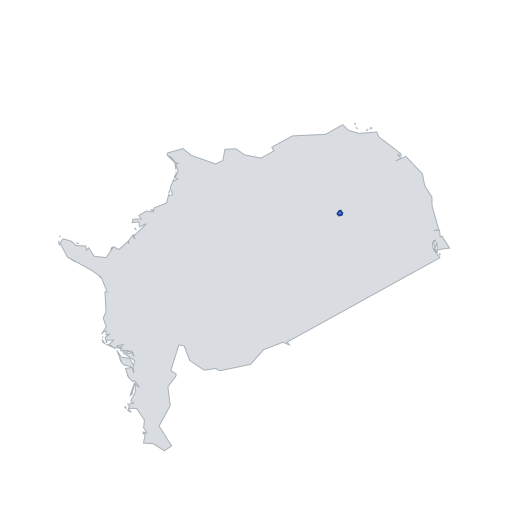 Salt Lake, Utah, United States of America (highlighted), rotated 153°
{"feature_id": "52423323B26965085925840", "entity_name": "Salt Lake", "entity_type": "district", "adm_level": 2, "iso_a3": "USA", "parent_name": "United States of America", "parent_adm1": "Utah", "projection": "orthographic", "projection_center": [-111.882, 40.668], "detail": "fine", "context": "in_parent", "style": "filled", "palette": "blue", "viewbox_px": 512, "rotation_deg": 153, "n_neighbors": 0, "source": "geoboundaries", "source_scale": "gbopen_adm2", "svg_char_len": 4480}
<svg xmlns="http://www.w3.org/2000/svg" viewBox="0 0 512 512"><g transform="rotate(153 256 256)"><path d="M400.3,161.7L419.6,148.5L417.4,125.1L426.1,124.1L432.8,135.4L441.2,140.4L435.4,147.7L436.2,150.1L433.5,148.2L434.1,153.9L429.9,160.5L431.6,174.4L437.4,177.5L439.4,175.6L437.7,173.7L439.0,174.3L440.3,176.7L434.5,182.1L432.0,180.2L433.0,184.2L425.5,189.3L421.5,197.2L421.0,194.1L419.6,192.7L420.7,199.9L422.9,200.2L424.7,206.0L423.3,215.1L417.1,212.9L418.0,207.2L416.2,211.7L419.4,216.0L422.4,218.0L424.0,221.0L422.9,235.0L421.8,227.0L415.0,222.2L414.9,213.7L411.6,217.9L417.1,227.8L411.8,226.5L410.5,227.5L410.5,223.6L410.1,222.6L409.6,225.8L410.4,228.1L418.3,229.3L417.6,231.9L413.4,229.5L412.1,229.3L417.3,232.2L419.2,232.4L419.2,235.5L416.5,234.3L421.1,237.0L420.5,237.9L418.3,236.5L414.0,237.3L420.3,239.0L423.3,237.4L430.0,245.8L424.5,239.5L427.2,244.0L421.0,245.7L426.9,248.6L428.5,246.3L427.5,251.9L421.3,252.9L425.5,253.7L423.3,257.3L427.4,257.3L421.4,261.2L420.4,269.9L414.9,274.5L406.9,292.6L404.9,291.7L403.7,305.6L404.2,308.7L408.6,317.2L424.5,340.8L424.8,356.3L420.3,359.0L413.9,353.1L411.5,347.1L403.1,342.1L404.6,338.0L401.4,339.3L400.4,329.3L390.3,322.6L378.7,328.9L375.2,324.0L363.0,327.3L364.1,324.7L362.4,327.5L357.0,330.1L356.1,325.8L355.8,329.2L338.9,334.6L346.6,334.9L344.9,339.5L351.2,341.9L348.8,344.7L341.6,341.2L341.9,345.3L333.1,345.8L327.4,341.8L324.9,345.1L311.6,343.9L305.1,351.1L306.8,349.1L302.5,348.5L301.5,355.8L294.2,361.8L295.9,360.1L290.6,360.3L292.7,362.4L287.0,366.4L285.6,374.4L282.7,373.7L285.3,375.4L286.6,382.3L289.5,386.2L287.9,387.9L272.4,384.9L268.0,375.1L250.3,356.4L242.2,356.1L235.2,365.2L225.2,360.6L220.3,351.3L207.0,340.9L192.4,341.5L192.5,345.8L169.1,346.5L138.8,332.8L119.1,333.6L116.7,326.1L108.8,318.6L92.1,311.6L92.5,306.4L80.6,281.5L81.3,279.1L83.8,282.5L82.5,277.2L88.5,277.4L77.3,276.7L70.4,253.5L73.8,242.2L72.5,228.7L76.4,220.6L81.2,196.5L86.1,197.8L80.7,195.8L83.2,189.5L81.3,189.3L79.9,175.2L91.7,179.2L88.4,186.1L93.0,181.4L91.9,187.4L88.8,188.5L90.8,189.0L93.4,186.8L95.0,180.8L92.9,171.0L267.3,165.2L266.6,161.6L271.2,166.9L291.7,169.1L310.0,161.9L340.5,170.2L343.0,174.1L354.0,177.8L362.5,193.1L360.8,208.5L365.2,211.7L383.9,192.6L380.7,187.0L382.2,185.1L393.9,179.5L400.3,161.7ZM429.0,190.7L432.2,188.2L421.7,198.3L429.7,188.5L429.0,190.7ZM93.0,176.9L94.2,180.9L94.0,181.5L92.1,178.3L93.0,176.9ZM289.1,385.0L286.5,379.1L286.2,375.6L286.9,379.2L289.1,385.0ZM436.4,147.7L437.3,149.5L436.6,149.4L436.4,147.7ZM327.9,343.6L328.5,344.9L326.9,344.1L327.9,343.6ZM98.3,318.2L100.3,317.5L100.4,317.8L98.3,318.2ZM96.2,317.4L95.4,318.4L94.8,317.4L96.2,317.4ZM437.7,180.7L437.3,182.4L436.9,182.2L437.7,180.7ZM286.9,372.2L286.2,375.2L288.2,369.3L286.9,372.2ZM419.7,332.9L422.7,337.6L419.2,332.5L419.7,332.9ZM108.0,323.7L108.8,325.3L107.9,323.9L108.0,323.7ZM425.8,356.8L424.7,359.1L426.3,354.5L425.8,356.8ZM431.7,248.9L431.0,251.6L430.4,246.2L431.7,248.9ZM91.8,173.6L91.6,174.7L91.0,174.1L91.8,173.6ZM292.9,363.5L290.3,365.3L293.0,363.0L292.9,363.5ZM441.0,179.4L441.6,180.7L440.5,181.0L441.0,179.4ZM107.7,328.0L108.3,329.9L107.5,328.2L107.7,328.0ZM289.7,366.4L288.7,367.3L289.5,366.1L289.7,366.4ZM424.3,223.5L423.9,226.9L424.1,222.3L424.3,223.5ZM304.4,352.5L302.8,353.9L305.1,351.5L304.4,352.5ZM404.4,306.9L404.7,309.3L404.1,307.8L404.4,306.9ZM428.1,257.4L427.7,258.1L428.6,255.8L428.1,257.4ZM382.9,327.0L381.2,328.9L380.3,328.9L382.9,327.0ZM356.2,330.0L355.9,330.5L354.6,330.7L356.2,330.0ZM409.4,348.1L410.0,349.5L408.9,347.9L409.4,348.1ZM351.4,334.7L351.4,336.2L350.7,333.6L351.4,334.7ZM422.1,362.3L421.0,362.9L422.5,361.8L422.1,362.3ZM424.7,207.1L424.6,208.8L424.7,206.4L424.7,207.1ZM430.0,252.6L429.6,253.4L429.4,253.4L430.0,252.6Z" fill="#d9dde1" stroke="#a8b0b8" stroke-width="1"/><path d="M163.8,254.7L163.7,254.4L163.7,254.2L163.4,254.2L163.1,254.1L162.6,254.3L162.4,254.4L162.2,254.5L161.8,254.5L161.7,254.5L161.5,254.2L161.4,254.0L161.5,253.6L161.1,253.5L160.1,254.3L159.3,255.0L159.5,255.4L159.5,255.5L159.7,256.4L159.9,256.6L159.9,256.9L159.9,257.4L159.8,257.5L159.9,257.8L159.9,258.0L160.0,258.0L160.1,257.9L160.3,258.1L160.5,258.1L160.9,258.0L161.0,258.1L161.1,258.4L161.3,258.5L161.6,258.4L161.8,258.2L162.1,257.9L162.4,257.9L162.6,257.8L162.7,257.7L162.8,257.5L163.0,257.4L163.3,257.4L163.5,257.3L163.8,257.1L164.1,257.0L164.2,256.9L164.4,256.8L164.5,256.6L164.3,256.2L164.2,256.1L164.2,255.7L164.0,255.4L164.0,255.2L163.8,255.0L163.8,254.7Z" fill="#3b82f6" stroke="#1e3a8a" stroke-width="1.5"/></g></svg>